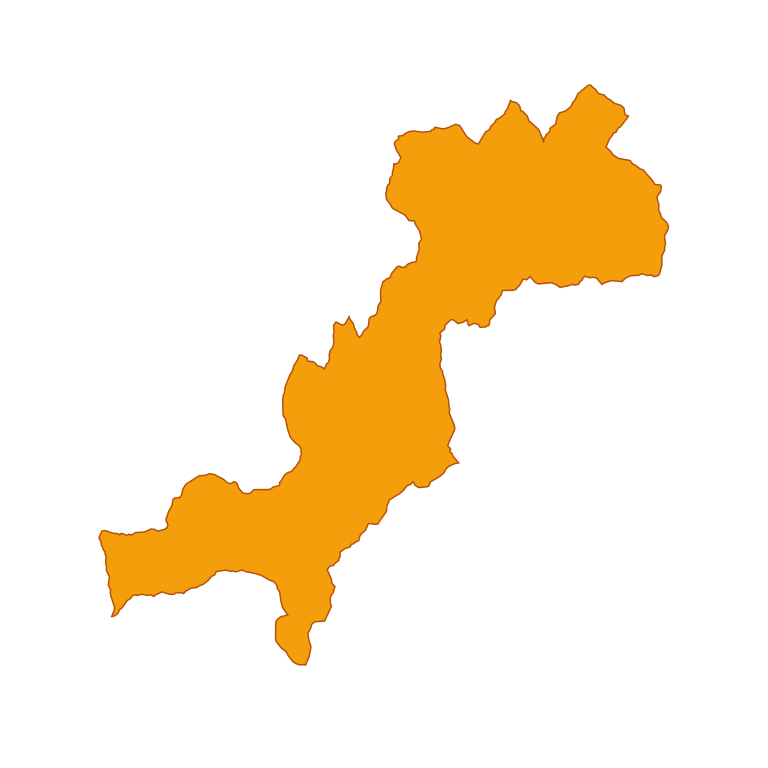 the district of Yungay, Áncash, Peru, rotated 172°
{"feature_id": "86281439B99310220517112", "entity_name": "Yungay", "entity_type": "district", "adm_level": 2, "iso_a3": "PER", "parent_name": "Peru", "parent_adm1": "Áncash", "projection": "robinson", "projection_center": [-77.695, -9.174], "detail": "fine", "context": "isolated", "style": "filled", "palette": "amber", "viewbox_px": 768, "rotation_deg": 172, "n_neighbors": 0, "source": "geoboundaries", "source_scale": "gbopen_adm2", "svg_char_len": 6136}
<svg xmlns="http://www.w3.org/2000/svg" viewBox="0 0 768 768"><g transform="rotate(172 384 384)"><path d="M683.8,277.7L687.7,271.3L686.3,267.3L686.1,263.0L685.1,261.1L685.0,258.8L683.6,257.0L683.9,254.4L683.1,252.0L684.5,245.6L684.2,241.6L684.9,237.9L682.7,231.3L685.0,223.4L683.4,218.2L684.1,215.8L684.0,212.0L681.9,200.6L682.3,198.2L686.0,191.7L683.7,191.7L679.5,193.7L677.3,197.3L674.4,198.9L668.5,205.3L664.9,206.9L662.8,209.2L660.0,209.9L657.7,208.9L653.2,209.5L647.4,207.6L644.1,207.7L641.6,205.6L639.2,207.1L632.8,209.0L625.2,205.4L621.7,205.1L617.9,206.3L615.5,205.5L613.7,205.7L611.7,204.3L609.4,206.3L603.1,208.8L598.5,208.4L593.0,210.5L591.2,210.6L585.4,214.0L581.5,217.6L578.4,218.4L576.5,221.2L575.4,221.6L566.8,221.8L561.6,219.7L559.4,219.9L557.3,218.6L552.3,219.4L549.5,219.1L546.9,217.3L539.5,214.9L532.2,211.6L525.1,206.1L520.5,203.4L518.3,200.1L518.0,196.1L516.3,192.7L516.3,183.0L515.6,176.9L511.5,168.7L518.8,167.8L522.4,165.6L524.3,163.4L526.9,146.7L526.7,144.2L522.6,137.0L518.0,132.2L516.7,128.4L512.7,121.5L510.2,119.4L506.5,117.5L502.4,117.3L500.9,116.5L496.0,124.7L493.2,132.8L492.9,134.7L493.9,139.2L494.2,146.7L493.9,147.9L490.7,152.1L489.1,156.1L485.4,158.2L475.8,157.5L466.9,171.4L467.5,173.4L467.2,178.5L466.2,181.3L463.4,184.5L460.8,190.2L463.4,194.3L463.3,198.4L466.1,208.0L463.9,210.3L461.8,211.4L459.4,211.3L457.7,213.1L453.4,215.5L453.3,216.8L451.7,218.7L450.8,223.6L446.0,226.3L440.2,227.4L438.4,229.9L436.3,230.0L434.6,231.3L430.8,232.4L429.0,236.9L426.4,239.4L422.6,241.8L418.8,248.1L411.9,246.2L409.0,246.4L408.4,247.8L399.4,257.3L398.1,262.8L394.4,268.7L383.5,273.4L379.2,276.3L375.6,279.8L371.3,281.1L368.9,283.0L368.0,282.2L367.7,279.7L364.1,276.6L355.4,276.2L353.7,276.8L351.7,280.6L341.7,284.7L337.1,287.6L334.4,291.3L331.7,293.3L325.6,295.2L321.0,295.5L325.5,302.4L326.5,306.0L328.3,307.7L328.2,308.7L327.1,309.9L327.2,310.9L329.6,313.7L326.2,320.0L320.5,328.6L320.1,330.2L320.2,333.8L323.4,346.0L322.4,350.6L322.8,353.6L322.3,358.7L324.1,369.8L323.1,374.4L323.3,380.6L324.3,385.1L324.4,388.8L326.0,391.9L325.9,396.2L323.6,400.9L323.9,405.0L322.5,409.0L322.5,414.9L323.2,417.7L321.1,423.5L321.6,426.8L316.5,429.9L315.1,434.0L308.5,438.5L305.9,437.5L302.4,433.5L297.1,434.2L293.0,436.0L292.3,430.8L291.6,429.9L286.4,431.6L282.7,430.0L280.9,426.8L280.1,426.6L275.0,426.4L273.5,427.5L272.3,427.1L270.9,429.7L270.4,432.8L264.0,438.1L263.9,444.8L261.1,450.7L255.7,455.8L253.6,460.1L243.6,458.9L240.2,459.3L238.8,461.0L236.5,462.3L232.9,466.6L232.2,468.5L228.0,467.4L224.4,470.1L220.1,463.6L217.2,461.6L204.5,461.1L199.7,458.5L196.2,455.1L186.7,455.8L184.1,456.6L181.4,455.4L177.2,455.8L175.7,458.2L173.0,459.6L172.2,461.4L169.8,462.8L165.8,460.6L162.2,460.6L158.8,459.4L154.3,452.3L150.9,453.7L144.5,454.7L134.0,452.3L129.8,455.4L124.8,456.9L116.8,456.2L113.1,457.3L107.9,454.8L103.8,454.7L102.0,452.7L97.5,453.2L95.8,454.7L92.1,463.6L91.1,472.0L87.6,477.3L86.7,481.7L85.7,483.1L85.7,491.6L81.6,496.9L80.3,500.5L81.8,504.9L86.4,510.7L86.5,514.1L87.8,518.0L86.8,523.6L87.7,528.3L87.5,531.6L83.4,535.8L81.8,541.4L82.6,542.6L87.9,543.9L89.8,548.0L97.6,560.1L100.5,561.4L105.4,566.4L107.4,567.4L109.1,571.1L120.5,574.8L125.2,579.0L127.1,582.7L131.2,587.7L126.4,595.6L123.2,598.5L121.9,600.4L119.3,601.0L116.4,604.9L114.2,605.7L105.4,614.3L104.8,615.6L106.9,616.2L107.8,617.9L108.0,623.9L110.6,627.0L116.7,629.8L120.6,634.1L123.1,635.8L125.9,639.6L131.4,641.8L133.6,646.6L136.3,648.9L136.9,650.3L137.6,651.1L140.1,651.5L151.4,644.6L155.8,638.0L157.8,636.8L160.1,633.0L161.9,631.6L166.2,629.1L172.6,628.0L175.2,625.0L177.9,617.4L184.1,614.0L184.5,611.5L187.0,609.2L188.4,608.7L189.6,606.6L191.8,604.8L192.0,600.8L194.9,612.8L195.9,615.1L203.8,624.4L204.9,629.4L208.6,634.7L210.6,635.8L210.7,639.1L211.7,641.7L213.8,644.2L217.9,645.8L219.3,647.2L223.6,639.2L225.9,637.1L226.8,634.6L232.6,631.2L235.9,630.3L237.8,627.7L242.1,624.4L244.1,621.3L248.5,619.3L257.2,608.5L260.5,610.2L267.6,617.3L273.1,629.4L277.0,631.2L284.7,629.0L289.8,628.3L298.0,631.2L298.8,629.1L300.8,629.4L302.9,627.7L310.8,628.0L319.2,630.4L323.6,630.5L328.3,629.1L330.4,627.5L335.2,627.4L335.5,624.7L339.1,622.6L340.4,620.4L339.2,614.3L335.8,605.9L338.7,601.3L341.3,600.3L343.7,600.7L344.5,596.6L346.4,591.8L346.6,589.5L349.4,587.0L350.8,581.5L352.4,580.5L354.4,577.1L354.2,575.2L355.4,573.4L355.7,571.7L355.7,566.1L353.0,561.7L351.4,557.3L350.1,556.0L341.0,549.5L339.0,547.2L336.6,542.5L331.1,541.1L330.9,538.3L327.5,530.7L326.6,522.3L330.0,518.4L330.4,512.5L334.2,504.6L334.7,501.3L335.9,500.4L339.1,500.5L343.1,499.6L345.4,498.3L345.9,497.1L348.4,496.8L351.1,497.4L352.0,498.4L354.6,498.4L360.8,492.7L363.7,488.0L365.9,488.0L370.8,485.4L374.4,477.2L375.6,467.0L376.6,464.6L378.3,463.3L379.3,461.1L380.9,455.5L382.2,454.0L384.1,453.0L387.1,452.6L389.5,451.0L391.6,443.0L396.8,439.2L399.1,435.8L401.7,433.6L403.5,435.9L404.1,439.8L405.6,443.8L405.9,447.8L409.0,453.7L409.2,455.4L414.0,449.2L416.1,448.2L417.8,448.5L422.9,452.1L425.8,449.0L426.3,442.1L427.5,439.0L427.7,433.0L429.3,428.0L432.9,424.2L434.3,420.0L434.5,416.4L435.9,413.3L438.1,411.8L440.7,407.3L443.6,409.7L447.8,411.5L448.8,413.9L451.0,415.9L456.5,417.4L456.4,420.2L461.5,424.1L463.8,424.4L466.1,420.1L470.6,414.8L473.4,409.1L476.2,405.7L482.5,394.4L483.6,389.6L485.0,387.5L486.6,382.1L488.3,366.5L486.4,363.0L485.7,352.5L484.5,345.7L483.6,343.3L480.1,338.1L476.5,334.5L475.1,330.7L475.6,329.3L475.4,326.1L477.0,323.7L477.5,320.7L482.1,315.2L487.7,310.4L492.3,309.4L495.1,307.8L499.4,302.4L501.1,301.1L501.3,298.7L502.5,298.0L508.4,297.3L510.5,295.8L512.6,295.5L527.4,297.5L532.0,294.3L534.6,294.3L539.1,295.7L542.4,301.1L543.1,305.0L544.5,307.5L546.3,308.1L549.3,306.6L552.4,307.6L556.4,312.1L564.9,318.2L569.7,319.4L573.1,318.5L580.1,318.8L594.3,312.2L598.0,307.5L599.9,302.3L601.9,300.1L607.1,300.2L609.0,299.0L611.1,292.7L614.7,288.3L618.6,280.8L618.8,278.9L617.6,274.5L618.8,272.1L621.0,270.7L627.8,269.8L629.3,270.2L631.0,271.8L635.0,272.8L642.1,270.7L650.8,271.5L653.7,270.0L655.4,269.7L657.5,270.7L659.4,269.7L663.5,272.1L665.5,272.6L666.6,271.4L668.9,273.1L673.8,274.1L680.2,277.6L683.8,277.7Z" fill="#f59e0b" stroke="#b45309" stroke-width="1.5"/></g></svg>